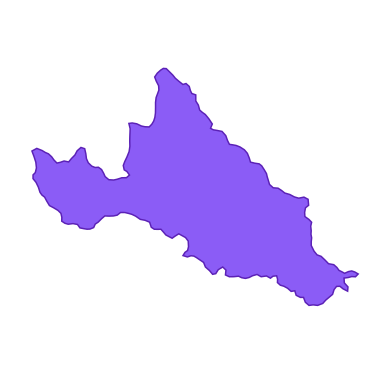 Catuti, Minas Gerais, Brazil, rotated 174°
{"feature_id": "56859067B68973211377835", "entity_name": "Catuti", "entity_type": "district", "adm_level": 2, "iso_a3": "BRA", "parent_name": "Brazil", "parent_adm1": "Minas Gerais", "projection": "robinson", "projection_center": [-43.092, -15.341], "detail": "fine", "context": "isolated", "style": "filled", "palette": "violet", "viewbox_px": 384, "rotation_deg": 174, "n_neighbors": 0, "source": "geoboundaries", "source_scale": "gbopen_adm2", "svg_char_len": 3126}
<svg xmlns="http://www.w3.org/2000/svg" viewBox="0 0 384 384"><g transform="rotate(174 192 192)"><path d="M324.6,176.6L321.7,174.2L318.5,172.9L313.7,173.0L309.3,171.7L307.2,168.0L303.3,166.8L300.3,166.0L297.3,165.8L293.5,166.9L291.6,170.2L288.5,171.8L284.7,174.9L281.2,177.3L277.0,176.7L272.6,176.4L268.8,176.8L265.2,179.1L260.9,178.6L257.2,177.3L254.2,176.1L250.6,173.9L246.3,170.2L241.7,168.8L237.3,166.4L236.2,161.2L233.4,158.9L230.2,158.5L226.8,158.2L224.5,155.0L222.5,152.0L219.5,150.0L216.6,148.1L213.4,149.9L209.5,151.8L205.8,149.2L203.2,147.4L200.9,143.6L201.2,137.9L202.5,134.3L205.3,132.7L207.6,129.7L203.4,127.9L199.7,128.7L196.9,128.1L194.5,126.4L191.1,123.5L187.8,120.7L186.5,116.0L182.8,112.0L180.1,108.0L176.9,108.3L174.0,112.0L169.3,114.2L166.4,110.8L167.4,106.0L163.7,103.8L159.1,103.4L154.5,103.4L151.6,101.6L147.9,100.5L144.1,101.0L140.5,102.4L135.9,103.2L132.1,100.5L126.7,100.7L123.0,98.1L120.2,99.8L116.6,99.8L116.0,96.3L116.5,93.0L113.9,90.1L110.5,88.7L107.0,86.3L103.8,82.8L100.1,83.0L99.2,78.4L95.3,75.9L92.1,75.5L90.8,70.5L87.5,67.0L83.3,67.1L78.9,66.1L73.6,67.5L70.3,70.5L67.2,72.6L62.9,75.5L60.9,80.1L58.1,83.0L54.8,82.8L51.9,79.9L47.6,77.1L46.8,81.3L50.0,85.7L49.8,90.5L45.7,90.6L42.0,91.2L38.3,90.6L35.3,93.1L38.4,95.4L41.4,96.8L44.7,96.5L48.7,95.2L51.3,97.0L54.0,98.7L55.8,101.8L58.6,104.9L63.7,106.4L66.9,110.5L70.3,114.5L74.2,116.4L76.8,120.4L79.0,126.3L78.6,130.2L77.8,133.9L78.1,137.6L77.5,141.0L77.5,145.6L76.2,149.4L78.6,152.5L82.3,155.8L82.1,160.0L80.8,164.4L77.4,166.6L77.3,172.6L81.2,175.2L86.5,174.7L90.7,176.4L95.0,179.3L99.9,181.3L102.6,184.0L106.0,186.8L110.8,187.7L114.1,191.4L114.9,195.7L115.6,199.2L116.0,202.5L117.9,206.7L120.0,210.8L122.3,213.0L126.6,214.1L130.7,215.6L131.5,219.8L132.9,224.7L135.5,228.5L139.6,231.8L143.3,233.7L146.4,234.6L149.8,235.5L151.3,239.5L152.5,244.5L155.8,249.1L160.6,250.6L164.3,251.6L166.9,253.4L164.7,257.5L167.5,262.9L170.6,267.6L173.4,270.1L175.8,272.7L176.6,277.8L178.7,282.1L178.1,288.2L181.9,290.0L183.0,293.1L183.7,297.3L186.6,300.5L189.8,299.9L193.5,303.5L196.7,306.9L198.9,310.3L202.0,314.1L204.7,317.4L207.6,317.9L210.4,316.5L214.1,313.8L217.1,310.3L216.0,306.1L214.1,301.2L214.3,296.8L216.0,293.3L217.8,289.7L218.9,284.9L219.4,280.0L220.1,274.4L221.1,270.2L222.7,266.5L224.9,263.6L227.8,261.2L231.9,261.8L235.4,262.9L239.8,265.6L244.3,266.9L247.6,266.8L246.9,261.4L247.6,256.5L248.1,253.0L248.6,249.0L249.0,244.0L250.3,238.8L253.0,233.7L255.7,229.3L257.6,225.5L257.1,221.1L254.6,219.2L252.4,215.4L255.7,213.1L260.3,213.5L265.1,212.5L268.6,212.1L273.4,212.9L276.8,216.4L277.9,219.8L279.6,223.8L282.5,226.4L285.8,226.5L289.0,228.2L292.1,231.9L293.5,236.2L293.6,241.2L294.2,246.3L297.8,247.9L301.9,245.0L304.6,241.0L308.5,237.8L311.5,234.8L316.0,236.2L319.8,235.3L323.3,234.9L325.9,238.2L327.9,241.7L330.8,245.0L333.7,246.6L336.7,248.9L341.8,251.6L346.9,249.5L345.4,243.7L344.2,237.9L344.2,232.2L345.8,227.7L348.3,225.6L348.7,221.9L346.1,217.9L344.3,212.9L343.2,207.6L341.6,204.7L339.1,202.3L337.4,198.1L335.2,193.4L331.3,190.8L327.2,187.7L324.6,184.5L324.1,180.4L324.6,176.6Z" fill="#8b5cf6" stroke="#5b21b6" stroke-width="1.5"/></g></svg>